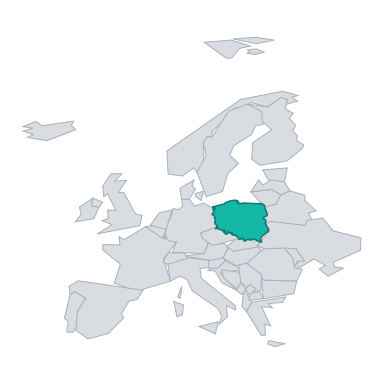 Poland highlighted on a map of Europe
{"feature_id": "POL", "entity_name": "Poland", "entity_type": "country or territory", "adm_level": 0, "iso_a3": "POL", "parent_name": "Europe", "parent_adm1": "", "projection": "robinson", "projection_center": [19.099, 51.929], "detail": "fine", "context": "in_parent", "style": "filled", "palette": "teal", "viewbox_px": 384, "rotation_deg": 0, "n_neighbors": 37, "source": "natural_earth", "source_scale": "50m", "svg_char_len": 11015}
<svg xmlns="http://www.w3.org/2000/svg" viewBox="0 0 384 384"><path d="M204.3,42.3L231.4,40.1L250.3,46.1L239.8,48.3L231.5,58.0L226.3,58.2L204.3,42.3ZM297.5,101.2L285.8,104.4L287.4,99.8L281.1,97.4L267.3,107.0L250.4,102.4L243.9,108.6L234.8,107.6L212.1,131.9L212.0,136.9L207.0,136.8L203.3,143.1L204.2,163.4L197.0,172.2L193.6,167.9L182.5,176.0L168.1,174.0L166.9,150.9L240.5,99.5L282.6,91.2L297.8,95.6L291.9,97.2L297.5,101.2ZM274.3,40.1L256.4,43.7L233.0,38.9L255.7,37.4L274.3,40.1ZM264.1,52.2L254.7,54.5L247.1,53.2L250.0,51.8L247.4,50.0L256.1,48.9L264.1,52.2Z" fill="#d9dde1" stroke="#a8b0b8" stroke-width="1"/><path d="M145.6,226.7L176.5,242.1L163.4,258.9L170.4,281.2L136.0,291.2L114.3,283.2L120.4,264.1L102.7,249.9L102.7,244.6L120.0,244.9L119.0,236.6L124.1,239.7L145.6,226.7ZM177.6,296.9L181.8,286.3L180.3,298.4L177.6,296.9Z" fill="#d9dde1" stroke="#a8b0b8" stroke-width="1"/><path d="M197.0,172.2L206.3,155.5L203.3,143.1L207.0,136.8L212.0,136.9L228.8,111.1L247.5,104.1L261.7,111.6L264.0,124.0L255.5,125.9L251.6,134.5L233.7,145.7L229.8,155.2L238.5,163.6L228.0,173.1L222.5,191.4L206.2,196.6L197.0,172.2Z" fill="#d9dde1" stroke="#a8b0b8" stroke-width="1"/><path d="M289.8,190.9L304.9,195.2L304.7,200.4L316.3,210.9L308.6,212.9L311.9,219.9L305.3,225.5L265.3,223.6L264.6,206.9L275.9,204.2L280.8,194.8L289.8,190.9Z" fill="#d9dde1" stroke="#a8b0b8" stroke-width="1"/><path d="M334.2,266.8L343.3,268.1L328.2,276.3L319.2,269.1L325.6,265.3L313.9,259.0L296.9,269.3L297.5,261.0L304.4,261.1L295.8,248.7L273.7,251.5L257.4,246.5L267.7,231.9L265.3,223.6L271.0,221.4L305.3,225.5L307.0,220.3L322.8,218.2L333.1,230.8L361.0,237.9L360.4,250.3L333.5,262.2L334.2,266.8Z" fill="#d9dde1" stroke="#a8b0b8" stroke-width="1"/><path d="M227.8,248.7L222.0,259.2L213.8,261.0L183.8,256.1L204.1,253.5L208.2,243.2L225.0,243.8L227.8,248.7Z" fill="#d9dde1" stroke="#a8b0b8" stroke-width="1"/><path d="M257.4,246.5L261.1,250.4L251.4,261.9L236.3,266.0L223.1,258.0L227.8,248.7L257.4,246.5Z" fill="#d9dde1" stroke="#a8b0b8" stroke-width="1"/><path d="M283.8,248.0L295.8,248.7L304.4,261.1L297.5,261.0L294.2,268.0L293.1,258.3L283.8,248.0Z" fill="#d9dde1" stroke="#a8b0b8" stroke-width="1"/><path d="M294.2,268.0L302.3,269.4L296.7,281.1L263.1,280.2L246.7,263.3L263.6,248.9L283.8,248.0L293.1,258.3L294.2,268.0Z" fill="#d9dde1" stroke="#a8b0b8" stroke-width="1"/><path d="M280.8,194.8L275.9,204.2L264.6,206.9L250.8,191.9L271.6,189.5L280.8,194.8Z" fill="#d9dde1" stroke="#a8b0b8" stroke-width="1"/><path d="M284.4,181.8L289.8,190.9L280.8,194.8L271.6,189.5L250.8,191.9L258.6,179.9L263.0,185.1L272.8,178.4L284.4,181.8Z" fill="#d9dde1" stroke="#a8b0b8" stroke-width="1"/><path d="M287.3,167.9L284.4,181.8L268.2,179.6L262.7,169.9L287.3,167.9Z" fill="#d9dde1" stroke="#a8b0b8" stroke-width="1"/><path d="M212.3,208.0L216.8,227.0L200.8,233.0L208.2,243.2L204.1,253.5L172.2,252.4L176.5,242.1L168.2,240.8L165.1,234.0L165.8,221.7L170.8,219.0L173.1,208.5L178.7,209.6L182.7,206.1L181.6,199.4L189.3,199.2L194.6,206.2L203.6,202.9L212.3,208.0Z" fill="#d9dde1" stroke="#a8b0b8" stroke-width="1"/><path d="M261.3,277.2L263.1,280.2L296.7,281.1L293.8,293.7L263.4,298.7L261.3,277.2Z" fill="#d9dde1" stroke="#a8b0b8" stroke-width="1"/><path d="M284.9,343.7L275.2,346.6L267.6,343.9L268.7,340.7L284.9,343.7ZM251.8,302.3L285.5,297.0L282.4,302.5L268.2,303.5L272.5,307.7L261.6,306.7L270.6,326.1L264.8,324.1L265.3,335.3L261.1,335.4L246.5,311.4L251.8,302.3Z" fill="#d9dde1" stroke="#a8b0b8" stroke-width="1"/><path d="M251.8,302.3L246.5,311.4L242.0,306.7L243.9,288.7L251.8,302.3Z" fill="#d9dde1" stroke="#a8b0b8" stroke-width="1"/><path d="M225.2,260.5L241.8,269.8L220.2,272.9L236.2,290.2L221.6,282.6L215.2,271.0L207.8,270.5L225.2,260.5Z" fill="#d9dde1" stroke="#a8b0b8" stroke-width="1"/><path d="M184.6,253.0L188.7,260.7L170.3,265.8L163.1,262.2L167.9,252.9L184.6,253.0Z" fill="#d9dde1" stroke="#a8b0b8" stroke-width="1"/><path d="M163.6,234.3L165.6,238.9L162.7,238.4L163.6,234.3Z" fill="#d9dde1" stroke="#a8b0b8" stroke-width="1"/><path d="M166.2,229.2L162.7,238.4L145.6,226.7L159.8,224.4L166.2,229.2Z" fill="#d9dde1" stroke="#a8b0b8" stroke-width="1"/><path d="M171.9,210.0L166.2,229.2L150.3,225.3L159.3,212.8L171.9,210.0Z" fill="#d9dde1" stroke="#a8b0b8" stroke-width="1"/><path d="M70.1,294.6L75.2,291.7L85.7,298.3L77.5,311.4L79.2,323.0L73.2,332.2L66.7,332.0L68.2,321.5L64.4,318.0L70.1,294.6Z" fill="#d9dde1" stroke="#a8b0b8" stroke-width="1"/><path d="M75.9,330.3L77.5,311.4L85.7,298.3L75.2,291.7L70.1,294.6L69.1,286.2L78.2,280.8L143.1,290.3L137.0,299.5L129.1,301.1L121.4,313.7L123.5,318.0L108.4,333.4L87.9,338.9L75.9,330.3Z" fill="#d9dde1" stroke="#a8b0b8" stroke-width="1"/><path d="M98.9,207.2L93.8,218.7L75.3,221.9L81.1,214.4L79.5,207.1L92.8,198.2L91.5,205.8L98.9,207.2Z" fill="#d9dde1" stroke="#a8b0b8" stroke-width="1"/><path d="M189.3,257.7L209.0,260.5L209.6,267.2L200.0,268.7L201.3,278.3L235.7,306.0L235.2,310.0L226.5,305.3L227.5,316.8L219.1,324.2L221.8,316.3L217.6,308.2L192.5,291.1L187.0,279.5L179.3,276.2L170.4,281.2L167.8,264.3L189.3,257.7ZM199.0,326.4L218.1,321.8L215.3,333.9L199.0,326.4ZM173.7,301.5L183.6,304.9L182.3,314.7L177.0,316.8L173.7,301.5Z" fill="#d9dde1" stroke="#a8b0b8" stroke-width="1"/><path d="M189.3,199.2L181.6,199.4L180.0,188.3L194.1,180.0L192.0,185.9L195.4,188.9L189.3,199.2ZM203.3,191.3L201.3,200.5L195.7,196.5L195.1,193.6L203.3,191.3Z" fill="#d9dde1" stroke="#a8b0b8" stroke-width="1"/><path d="M98.9,207.2L91.5,205.8L92.8,198.2L102.7,202.3L98.9,207.2ZM115.8,210.5L107.5,193.6L103.9,196.9L102.6,186.6L111.0,173.8L121.7,173.7L114.8,181.3L126.4,180.3L118.3,192.3L123.9,192.7L135.4,213.9L142.1,215.3L139.6,225.7L97.3,233.8L112.1,224.7L102.1,220.7L108.4,218.4L107.6,209.9L115.8,210.5Z" fill="#d9dde1" stroke="#a8b0b8" stroke-width="1"/><path d="M73.7,121.1L71.3,125.3L75.7,129.7L47.2,140.6L27.2,137.5L33.2,134.5L23.2,131.2L33.0,128.1L23.0,126.6L35.8,121.4L42.0,125.8L73.7,121.1Z" fill="#d9dde1" stroke="#a8b0b8" stroke-width="1"/><path d="M209.0,260.5L223.1,258.0L225.2,260.5L217.8,268.2L208.2,267.9L209.0,260.5Z" fill="#d9dde1" stroke="#a8b0b8" stroke-width="1"/><path d="M287.4,99.8L285.4,108.9L293.2,113.2L289.1,118.0L295.6,125.3L292.7,130.9L297.7,135.9L295.9,140.3L303.9,144.9L302.3,148.3L287.3,160.8L260.1,165.3L251.8,159.3L252.6,142.7L271.8,129.8L262.2,121.5L261.7,111.6L247.5,104.1L267.3,107.0L281.1,97.4L287.4,99.8Z" fill="#d9dde1" stroke="#a8b0b8" stroke-width="1"/><path d="M260.1,241.6L256.2,247.2L232.9,251.3L227.2,246.1L237.0,238.6L260.1,241.6Z" fill="#d9dde1" stroke="#a8b0b8" stroke-width="1"/><path d="M216.8,227.0L231.2,232.3L238.7,238.6L212.5,245.5L202.2,238.3L200.8,233.0L216.8,227.0Z" fill="#d9dde1" stroke="#a8b0b8" stroke-width="1"/><path d="M236.9,288.9L224.3,278.6L221.5,269.8L241.7,272.5L242.2,282.1L236.9,288.9Z" fill="#d9dde1" stroke="#a8b0b8" stroke-width="1"/><path d="M259.9,291.4L263.4,298.7L249.2,300.5L250.1,293.4L259.9,291.4Z" fill="#d9dde1" stroke="#a8b0b8" stroke-width="1"/><path d="M238.5,264.9L246.7,263.3L261.6,274.7L260.9,290.3L255.0,291.9L250.4,284.3L247.1,287.7L240.8,282.5L238.5,264.9Z" fill="#d9dde1" stroke="#a8b0b8" stroke-width="1"/><path d="M245.9,289.4L241.7,294.7L236.2,290.2L240.8,282.5L245.9,289.4Z" fill="#d9dde1" stroke="#a8b0b8" stroke-width="1"/><path d="M249.1,294.8L245.9,289.4L249.3,284.7L256.2,288.7L249.1,294.8Z" fill="#d9dde1" stroke="#a8b0b8" stroke-width="1"/><path d="M265.7,224.1L266.0,224.6L266.2,224.9L266.0,225.2L266.1,225.5L266.4,225.9L267.3,226.9L267.7,227.8L268.0,228.2L268.6,228.7L268.7,228.9L268.5,229.1L268.2,229.1L268.0,229.3L268.2,229.5L268.4,229.8L268.7,230.5L268.7,231.1L268.5,231.3L268.2,231.7L268.0,232.0L266.5,232.2L266.2,232.6L265.4,233.3L264.8,233.7L264.0,234.4L262.7,235.7L262.3,236.2L261.9,236.7L260.9,237.8L260.6,238.3L260.6,238.7L261.0,239.7L261.1,240.1L261.0,240.5L260.9,240.8L260.9,241.0L261.3,241.3L261.8,241.7L261.8,241.8L261.7,242.0L260.9,242.0L260.2,241.7L259.6,241.7L258.0,241.1L257.0,240.7L256.9,240.5L256.7,240.1L256.2,239.7L255.2,239.5L254.8,239.2L253.1,239.1L252.4,239.1L251.9,239.2L251.5,239.2L251.1,239.8L250.8,239.9L250.3,240.0L249.9,239.9L249.5,239.6L248.9,239.4L248.4,239.5L248.0,239.4L247.7,239.4L247.4,239.4L247.0,239.6L246.7,239.8L246.2,239.9L245.9,240.3L245.6,240.9L244.8,240.6L244.6,240.8L244.2,240.9L243.9,240.8L244.0,240.5L244.1,240.3L244.1,239.9L244.0,239.5L243.7,239.4L243.4,239.4L243.2,239.3L243.1,239.2L242.6,238.6L242.3,238.0L242.1,237.9L241.8,238.1L241.3,238.4L241.0,238.5L240.4,239.3L239.3,239.4L239.3,239.0L239.2,238.6L238.6,238.5L238.5,238.3L238.4,237.8L237.2,236.7L237.1,236.3L237.1,236.1L237.0,235.8L236.7,235.7L235.8,235.5L235.5,235.6L235.3,235.5L235.0,235.2L234.4,235.0L234.3,234.9L234.1,234.7L233.9,234.7L233.9,234.8L233.7,234.9L233.1,235.1L232.8,235.1L232.6,234.9L232.3,234.5L232.0,234.2L231.6,234.1L231.5,233.9L231.4,233.8L232.1,233.6L232.3,233.3L232.2,232.8L232.1,232.7L231.8,232.9L231.2,233.0L230.7,233.1L230.4,233.1L228.9,232.2L228.0,232.0L227.4,231.9L227.3,232.0L227.6,232.5L228.0,233.1L227.5,233.5L227.1,233.6L226.8,233.8L226.5,234.1L226.2,234.2L225.7,234.1L225.1,233.2L224.3,232.5L224.3,232.3L224.0,232.3L223.7,232.1L223.5,231.9L223.7,231.7L224.0,231.5L224.4,231.4L224.5,231.2L224.8,230.8L224.7,230.7L224.4,230.5L224.0,230.2L222.8,230.4L222.4,230.6L222.2,230.4L222.1,230.1L221.8,230.1L221.3,229.9L220.8,229.6L220.4,229.6L219.3,229.2L218.9,229.2L218.7,229.1L218.5,228.9L218.3,228.6L218.2,228.1L217.4,227.8L216.7,227.7L216.6,228.3L216.6,228.6L216.1,228.8L215.6,228.8L215.6,228.7L216.2,227.7L216.5,227.1L216.9,226.0L216.5,225.1L216.4,224.6L216.3,224.4L215.2,224.0L215.2,223.9L215.3,223.3L215.3,223.0L215.0,222.8L214.7,222.2L214.6,221.8L215.0,221.3L215.1,220.9L215.3,220.4L215.5,220.1L215.2,219.8L215.2,219.5L215.3,219.1L215.1,218.8L214.8,218.6L214.5,218.3L214.4,218.0L214.5,217.5L214.8,216.8L214.3,216.0L212.8,215.0L212.2,214.3L212.2,213.9L212.5,213.6L213.1,213.2L213.5,212.7L213.8,212.0L213.8,211.9L213.8,211.4L213.3,209.4L213.2,208.9L213.1,208.4L213.1,208.2L214.3,208.6L214.9,208.8L214.8,208.6L214.7,208.4L214.8,208.0L214.8,207.5L213.6,207.3L212.8,207.2L212.8,206.8L212.8,206.6L213.1,206.7L213.8,206.8L215.7,206.1L218.9,205.3L222.3,204.4L223.1,204.3L223.9,204.2L224.2,203.9L224.5,203.7L225.0,203.1L226.0,202.3L227.8,202.0L228.5,201.6L229.9,201.0L233.1,200.4L234.5,200.3L235.8,200.2L237.0,200.7L238.2,201.3L238.4,201.7L237.8,201.5L236.8,200.9L236.4,200.9L237.3,202.6L237.7,203.2L238.6,203.6L239.4,203.8L241.8,203.5L242.7,203.1L242.9,203.0L243.1,203.0L244.7,203.1L246.3,203.2L248.8,203.3L251.4,203.4L254.2,203.6L257.2,203.7L260.3,203.7L260.5,203.7L260.8,203.4L261.2,203.5L261.7,203.6L261.9,203.8L262.0,203.9L262.0,204.1L262.3,204.1L262.7,204.2L263.4,204.5L263.9,204.8L264.3,205.2L264.5,205.7L264.5,206.2L264.5,206.6L265.3,209.1L266.4,211.5L266.8,212.6L267.0,213.2L267.1,214.1L267.2,214.7L267.2,215.1L267.1,215.6L266.8,215.8L264.8,216.6L264.4,216.9L263.8,217.5L263.3,218.2L263.2,218.4L263.1,218.5L263.3,218.8L264.0,219.1L264.7,219.4L265.0,219.6L265.6,219.9L265.8,220.1L265.9,220.3L265.9,220.8L265.6,221.5L265.8,222.0L265.5,222.3L265.3,222.7L265.3,223.3L265.7,224.1Z" fill="#14b8a6" stroke="#0f766e" stroke-width="1.5"/></svg>